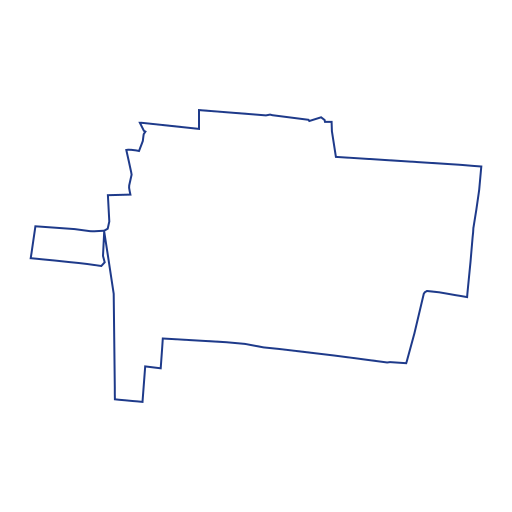 Costache Negri, Galati, Romania (Natural Earth projection)
{"feature_id": "2599482B13141455538439", "entity_name": "Costache Negri", "entity_type": "district", "adm_level": 2, "iso_a3": "ROU", "parent_name": "Romania", "parent_adm1": "Galati", "projection": "natural_earth1", "projection_center": [27.727, 45.705], "detail": "fine", "context": "isolated", "style": "outline", "palette": "blue", "viewbox_px": 512, "rotation_deg": 0, "n_neighbors": 0, "source": "geoboundaries", "source_scale": "gbopen_adm2", "svg_char_len": 1479}
<svg xmlns="http://www.w3.org/2000/svg" viewBox="0 0 512 512"><path d="M467.1,297.1L467.4,293.4L470.5,261.9L472.6,237.3L473.1,232.5L473.4,227.7L473.6,226.9L473.6,226.7L476.3,209.9L478.8,192.6L479.2,189.7L480.7,173.1L481.3,166.5L473.1,165.9L462.7,165.0L458.7,164.7L335.9,156.9L333.9,144.0L331.9,131.2L331.6,121.9L325.7,121.9L325.0,121.9L324.6,120.0L321.1,117.3L309.3,121.0L308.5,119.8L272.4,115.2L270.1,114.6L265.9,115.4L252.4,114.3L199.0,110.1L199.0,128.9L185.0,127.4L141.6,122.8L139.9,122.8L143.9,130.8L145.4,131.6L143.8,134.0L143.6,134.8L142.8,141.0L142.0,143.2L139.0,151.0L138.1,150.8L135.5,150.3L135.2,150.3L131.1,149.8L130.3,149.8L128.2,149.7L126.3,150.0L128.8,161.2L131.2,172.3L131.6,174.7L129.2,185.4L129.1,187.8L129.7,191.3L130.4,194.6L107.9,195.2L109.3,221.5L107.7,228.7L104.2,230.7L93.9,231.3L90.2,231.2L74.7,229.1L39.9,226.6L35.4,226.3L34.8,230.5L33.2,241.4L31.5,253.1L30.7,258.2L30.9,258.2L37.2,258.8L42.0,259.3L54.6,260.5L69.5,262.1L78.7,263.0L87.2,264.0L101.3,266.0L104.7,262.3L103.0,255.9L104.2,231.6L108.3,258.2L113.7,293.8L114.8,387.4L114.8,393.4L114.9,399.3L119.5,399.8L125.3,400.3L132.4,401.0L137.6,401.4L142.5,401.9L145.2,366.4L160.7,368.3L162.2,347.5L162.8,338.5L226.1,342.2L244.9,343.9L263.6,347.4L278.5,348.9L315.6,353.3L334.1,355.5L381.3,361.7L387.2,362.5L390.0,362.1L406.2,363.2L406.9,360.9L414.4,333.4L423.8,293.7L424.9,292.2L426.9,291.0L439.2,292.3L446.2,293.5L455.8,295.2L459.7,295.8L467.1,297.1Z" fill="none" stroke="#1e3a8a" stroke-width="2"/></svg>